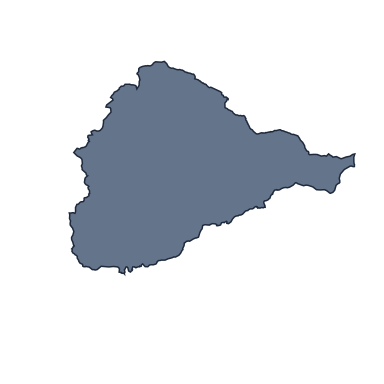 Metes, Alba, Romania (orthographic projection), rotated 124°
{"feature_id": "2599482B52286891990585", "entity_name": "Metes", "entity_type": "district", "adm_level": 2, "iso_a3": "ROU", "parent_name": "Romania", "parent_adm1": "Alba", "projection": "orthographic", "projection_center": [23.404, 46.123], "detail": "fine", "context": "isolated", "style": "filled", "palette": "slate", "viewbox_px": 384, "rotation_deg": 124, "n_neighbors": 0, "source": "geoboundaries", "source_scale": "gbopen_adm2", "svg_char_len": 6017}
<svg xmlns="http://www.w3.org/2000/svg" viewBox="0 0 384 384"><g transform="rotate(124 192 192)"><path d="M149.6,310.4L152.7,312.2L155.3,312.0L156.8,312.4L159.2,312.3L159.0,310.1L160.0,308.9L167.5,311.4L169.7,310.9L167.9,307.0L168.5,305.9L171.1,303.8L174.7,304.4L178.3,304.6L182.1,305.5L183.4,304.5L187.0,302.7L189.1,302.1L192.1,302.5L193.5,303.3L194.8,305.1L194.9,306.4L195.3,307.4L197.1,308.7L198.6,309.3L199.6,307.9L200.2,306.5L202.2,308.5L202.3,308.9L203.3,309.7L204.9,309.1L205.8,306.9L207.1,306.9L207.4,305.4L208.8,305.9L212.8,305.4L214.0,305.6L216.4,307.3L216.4,307.7L217.7,308.7L218.9,308.9L219.5,309.5L219.7,311.0L220.1,311.7L225.4,312.1L226.3,307.4L225.9,303.6L226.5,301.5L229.8,298.7L232.2,298.3L233.6,296.4L234.9,295.6L235.6,290.5L236.7,289.3L237.2,287.9L237.1,287.6L239.7,288.4L241.4,288.0L241.5,287.7L243.4,287.0L244.3,286.4L244.9,285.2L245.2,283.6L244.9,282.4L245.0,280.7L246.3,280.8L247.6,279.5L248.0,278.0L248.5,277.5L250.4,276.3L250.5,276.0L251.5,276.5L252.4,275.5L253.0,275.4L255.7,276.5L256.6,277.6L257.5,278.0L258.3,277.3L259.7,276.7L260.9,276.9L262.2,278.5L263.0,279.0L265.6,279.4L266.6,280.5L270.0,279.9L273.3,277.6L274.9,277.1L275.2,277.1L275.6,279.0L277.3,280.8L278.0,282.0L279.4,280.5L282.5,278.7L283.9,276.5L286.0,275.6L287.5,274.5L287.7,273.5L288.2,272.9L288.5,271.2L290.8,267.9L294.2,266.7L296.9,266.5L298.4,265.5L299.2,264.5L300.1,262.9L302.4,260.3L302.3,259.8L303.2,259.4L304.0,259.9L304.5,259.6L306.3,259.9L306.2,259.5L307.1,258.9L308.3,258.4L309.2,256.4L309.0,254.8L309.4,253.9L309.2,252.5L309.5,251.1L311.0,250.2L312.0,247.9L312.8,247.0L313.6,245.1L313.2,242.3L314.6,241.0L314.5,240.1L314.3,240.0L313.8,238.8L313.2,238.6L311.7,235.2L312.1,231.3L310.9,229.3L310.9,228.7L309.3,227.2L304.4,225.8L300.6,219.0L297.7,215.5L295.7,211.8L295.8,210.3L296.4,209.1L299.2,207.6L298.2,205.5L298.7,205.2L297.5,202.6L297.6,202.3L296.8,203.0L296.2,202.7L295.7,203.0L294.3,204.6L293.0,204.4L291.4,204.8L290.6,204.4L290.5,203.7L290.8,202.7L292.9,200.4L292.9,199.0L292.7,198.2L291.8,198.2L290.6,197.7L289.8,197.8L289.8,198.5L287.2,199.2L286.1,197.7L286.4,197.2L286.2,196.1L285.7,196.0L283.8,194.5L283.4,193.7L282.6,193.9L282.5,193.0L282.1,192.6L280.6,193.1L279.2,192.7L280.1,189.1L278.6,186.8L276.3,186.4L275.0,185.0L274.0,183.4L272.2,181.9L271.3,181.5L269.5,181.9L269.2,181.6L268.5,181.7L267.6,181.4L266.5,180.0L265.7,179.4L263.5,176.2L260.9,174.6L257.7,171.8L255.9,170.7L255.5,169.8L255.1,169.3L251.8,167.5L249.2,167.2L245.7,167.6L244.9,167.3L244.1,168.1L240.9,168.6L238.5,169.9L237.8,169.4L236.0,169.0L234.5,167.4L234.1,166.4L230.3,164.7L228.1,163.3L227.6,162.6L225.8,161.4L221.2,162.8L218.0,163.2L217.0,163.0L213.8,164.4L211.9,163.1L210.5,160.4L209.5,158.8L208.9,158.8L206.8,157.4L205.2,154.5L205.5,153.1L206.1,152.8L205.9,152.2L205.2,152.0L205.2,151.5L204.9,151.1L203.4,149.9L201.0,150.3L199.7,149.2L199.5,148.2L198.3,147.8L197.0,147.0L197.1,146.5L198.5,145.6L197.8,144.0L195.0,143.0L191.8,143.3L188.8,142.9L187.5,142.1L186.5,141.3L186.1,140.5L184.8,140.0L183.8,138.7L182.2,137.7L177.8,137.0L176.1,135.3L175.4,135.3L173.6,134.4L172.0,132.3L170.6,131.7L170.1,131.8L168.4,131.0L168.0,130.5L167.8,129.4L168.1,129.1L168.4,129.3L168.6,128.4L167.8,127.8L167.4,126.7L165.7,125.4L165.4,124.2L164.4,123.7L163.8,122.8L163.1,123.4L162.8,124.0L162.4,124.0L161.7,125.3L160.8,126.5L159.8,127.0L158.7,126.9L158.0,125.9L157.2,125.3L155.5,124.4L154.7,124.5L153.9,123.9L150.8,124.7L149.7,124.5L148.9,123.9L148.4,124.0L148.5,124.4L144.7,124.6L144.1,124.4L143.2,123.4L143.2,123.2L142.7,123.1L142.4,122.1L142.5,121.9L141.2,120.6L138.9,119.6L137.1,118.3L135.8,116.8L135.2,115.4L133.6,113.9L129.8,112.0L126.5,111.4L125.9,110.3L126.1,109.4L125.8,108.2L124.4,103.0L122.5,101.3L121.5,99.3L120.6,96.2L120.2,94.5L120.5,90.1L118.5,86.7L116.1,83.6L115.6,81.6L115.7,78.6L115.9,77.6L115.7,76.6L114.4,75.6L113.4,75.0L110.8,74.7L105.9,76.3L103.8,75.8L102.2,74.9L101.5,74.8L100.0,75.8L99.0,77.0L98.0,77.7L94.2,79.0L91.4,78.7L88.1,78.3L81.9,75.2L81.2,74.0L80.9,72.6L80.1,71.6L78.2,72.8L78.0,73.4L76.3,74.8L72.7,77.3L69.4,78.3L71.0,79.8L74.0,81.0L76.8,83.8L80.7,86.6L81.2,87.4L81.9,92.1L84.3,94.7L84.0,96.1L84.2,97.9L84.0,100.1L87.1,100.6L87.8,102.6L89.9,104.8L90.9,109.2L92.6,111.9L95.3,115.4L95.3,116.5L93.8,117.4L93.4,118.2L93.8,119.8L92.2,123.2L90.7,124.5L89.0,127.9L88.4,131.1L87.3,133.1L86.2,135.9L86.6,136.5L86.7,137.5L87.0,138.2L87.4,140.0L88.1,140.9L88.6,142.3L88.5,143.8L89.1,145.2L89.3,146.7L89.9,148.4L90.1,150.0L91.1,152.3L90.9,153.3L91.6,154.4L93.9,156.4L94.8,157.9L96.5,158.6L97.4,159.4L97.9,160.5L98.7,160.7L98.8,161.3L101.6,163.9L101.6,164.2L102.2,164.4L103.4,166.0L103.3,166.3L103.9,166.9L104.1,167.6L106.7,169.5L107.5,170.5L107.8,171.4L107.4,175.0L106.8,176.6L106.8,177.8L107.0,178.3L106.7,179.6L105.0,182.3L104.3,184.0L103.9,184.1L103.4,185.5L102.7,186.0L102.3,187.5L101.4,188.4L101.1,188.3L99.8,190.6L99.7,191.8L101.1,193.2L101.3,194.4L102.5,195.8L102.8,197.5L103.7,199.0L103.5,201.8L102.7,203.7L103.1,205.5L103.0,206.1L103.5,207.8L103.2,209.3L103.6,211.8L99.9,214.5L96.9,214.2L95.6,214.7L95.2,213.7L94.4,214.2L94.2,216.7L95.2,218.2L95.4,219.1L94.5,219.9L94.4,220.4L94.7,221.4L94.5,222.0L93.0,223.0L93.0,224.9L94.6,235.0L95.6,235.8L95.9,236.7L95.3,239.8L95.0,240.2L95.1,241.3L95.5,241.7L95.4,243.7L95.8,243.8L95.8,244.4L95.6,245.9L95.8,246.5L95.4,247.5L95.7,248.0L95.5,249.5L96.6,253.1L94.9,253.6L93.9,255.0L93.4,256.6L94.2,257.7L94.5,259.7L95.8,262.7L95.6,262.9L96.4,265.1L96.2,266.7L96.4,268.3L96.7,268.5L97.3,270.7L98.0,271.3L99.0,273.0L99.9,276.6L99.8,276.9L100.9,278.2L101.3,279.9L101.3,281.8L99.6,285.0L99.5,286.8L99.1,287.6L99.2,288.0L101.4,289.8L104.5,295.1L106.7,296.0L108.3,296.0L109.6,296.4L110.9,297.2L112.0,299.4L112.9,300.2L113.3,301.0L115.4,303.1L117.7,304.7L119.5,305.1L122.1,303.5L124.4,303.9L124.9,303.5L124.8,302.3L126.2,300.0L128.3,297.8L129.8,297.6L133.1,295.5L137.4,295.3L135.4,297.7L135.4,298.8L136.1,300.7L137.1,302.3L137.5,303.9L140.1,307.7L142.2,307.9L143.2,308.8L143.8,309.8L146.6,310.4L147.7,309.8L148.4,310.3L149.6,310.4Z" fill="#64748b" stroke="#1e293b" stroke-width="1.5"/></g></svg>